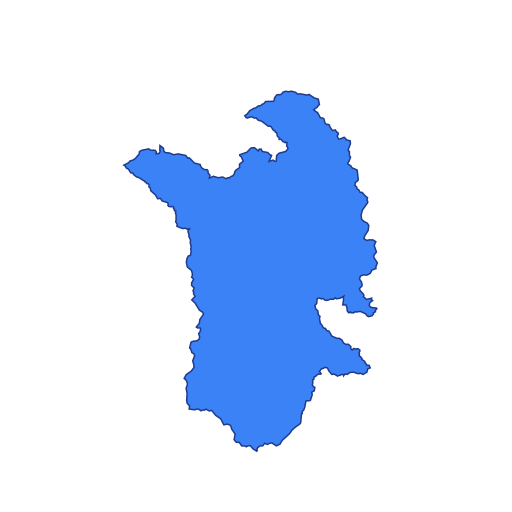 Chumbivilcas, Cusco, Peru, rotated 310°
{"feature_id": "86281439B72283889769086", "entity_name": "Chumbivilcas", "entity_type": "district", "adm_level": 2, "iso_a3": "PER", "parent_name": "Peru", "parent_adm1": "Cusco", "projection": "albers", "projection_center": [-71.945, -14.411], "detail": "fine", "context": "isolated", "style": "filled", "palette": "blue", "viewbox_px": 512, "rotation_deg": 310, "n_neighbors": 0, "source": "geoboundaries", "source_scale": "gbopen_adm2", "svg_char_len": 6162}
<svg xmlns="http://www.w3.org/2000/svg" viewBox="0 0 512 512"><g transform="rotate(310 256 256)"><path d="M356.3,157.2L355.7,159.4L356.0,160.6L359.6,162.8L360.7,166.3L361.9,167.2L361.4,170.3L362.9,173.6L363.3,181.9L364.8,184.0L363.5,188.6L364.0,189.8L363.3,191.3L363.7,192.8L361.6,195.1L361.3,197.7L360.2,198.9L361.5,200.2L360.9,203.2L361.7,204.7L361.5,205.5L362.3,205.6L362.8,207.0L360.0,208.7L359.4,210.8L358.5,211.6L355.1,211.5L349.6,207.6L346.3,207.2L341.6,210.5L340.7,209.9L340.4,207.4L336.8,205.2L343.1,203.3L342.5,201.2L342.9,198.6L340.1,193.6L341.2,191.3L340.0,189.8L338.0,190.2L338.0,185.1L335.5,182.7L329.6,182.3L323.1,178.4L322.5,179.0L322.5,181.1L320.4,185.3L315.7,184.3L313.3,186.6L308.7,185.4L306.8,185.6L305.2,186.5L302.3,186.7L300.9,185.7L298.7,185.3L298.1,184.3L295.8,183.1L295.1,179.7L291.6,176.7L289.7,172.1L285.7,170.2L288.3,168.8L288.7,166.3L290.6,164.1L290.7,163.0L289.1,161.0L288.6,158.2L289.3,155.6L290.2,154.5L287.6,149.0L288.3,142.5L288.2,141.5L287.0,140.9L287.9,137.6L284.3,130.9L280.6,127.8L279.3,123.5L277.1,120.4L276.9,118.3L279.1,115.7L278.9,111.4L275.1,114.4L274.8,115.2L272.5,115.9L270.1,113.8L271.7,112.7L272.1,110.7L269.2,107.1L269.2,105.0L263.5,100.5L261.0,99.6L259.1,100.9L253.4,100.9L250.4,100.1L247.8,98.4L245.7,98.5L240.7,96.4L240.9,97.5L240.0,100.5L240.6,102.3L239.2,106.6L240.4,108.4L239.7,109.9L239.8,113.7L240.8,116.0L241.5,121.7L242.0,122.4L241.4,123.3L241.8,124.4L241.3,125.8L242.1,127.2L241.5,128.8L240.1,129.5L240.1,131.2L238.3,133.6L238.2,139.5L236.7,143.9L238.7,145.8L237.8,148.6L240.1,154.0L239.3,155.4L238.2,155.9L237.9,157.2L239.1,159.4L240.2,160.0L240.4,161.6L239.3,162.3L239.5,163.5L238.3,164.3L238.8,165.8L237.1,166.7L236.2,168.3L232.1,171.7L230.6,172.4L229.8,175.1L227.9,176.3L229.8,182.1L231.9,184.1L232.3,186.0L233.6,186.8L234.0,187.7L232.1,187.5L231.1,188.1L229.0,191.2L227.8,192.0L226.2,195.5L223.8,197.2L221.3,200.5L219.3,201.6L217.9,203.3L214.6,205.3L212.3,204.1L209.6,204.8L206.5,206.6L203.4,210.5L203.5,215.8L201.6,218.6L199.7,220.0L198.4,220.2L198.1,223.2L194.2,223.9L192.1,225.5L191.7,229.2L188.7,230.2L188.6,231.3L186.9,232.4L185.9,235.3L181.1,235.0L180.8,239.4L178.1,247.6L178.6,250.7L177.9,253.2L171.3,253.8L167.9,255.9L163.2,255.9L163.4,257.7L165.0,259.4L164.8,260.3L162.1,261.8L159.7,261.9L157.9,264.7L156.0,265.9L153.1,265.3L150.5,262.8L148.3,261.6L142.8,264.3L142.9,265.7L140.8,268.9L141.1,271.3L140.3,273.0L135.0,274.9L132.7,278.3L130.8,280.1L126.4,280.4L120.2,278.8L116.0,279.7L116.0,282.1L114.7,284.9L113.0,286.3L109.8,287.4L106.4,291.6L100.8,295.7L98.9,298.0L98.5,301.4L95.8,303.2L98.8,308.0L100.7,309.0L101.8,310.5L102.0,313.3L104.0,314.4L104.9,315.7L106.5,316.0L107.2,319.7L109.2,321.3L108.0,327.7L108.6,333.6L106.0,339.9L108.8,342.1L109.8,344.7L109.4,346.3L107.8,348.6L106.1,354.6L101.2,357.3L100.6,360.7L102.5,363.0L101.3,367.1L103.1,369.2L103.6,371.2L105.7,372.0L107.1,373.8L106.3,377.5L106.9,382.0L107.9,382.0L108.4,380.9L110.0,380.5L112.9,381.0L114.9,383.2L118.1,383.0L118.9,385.8L121.9,387.2L123.0,388.4L123.6,393.6L127.3,395.3L131.6,394.6L141.5,395.9L145.5,395.5L150.0,396.1L155.8,397.6L157.0,397.4L164.2,392.4L165.0,392.8L166.6,391.4L168.4,391.6L171.2,390.7L177.1,387.4L179.6,390.1L180.6,390.4L186.0,388.2L187.4,386.2L190.1,387.3L193.2,385.5L192.8,384.0L193.4,382.1L195.7,380.8L197.5,378.9L198.6,379.6L200.6,378.3L202.1,379.1L203.6,379.0L205.8,379.9L207.1,381.6L207.8,381.4L208.3,378.8L211.7,378.6L213.1,379.8L214.8,380.2L216.2,382.6L214.8,385.7L214.0,390.2L215.8,391.8L216.4,395.6L220.7,398.1L221.3,399.3L220.6,400.1L222.7,400.0L224.1,402.1L227.1,402.8L229.6,405.2L231.2,409.3L232.1,410.6L233.2,411.1L234.1,414.2L238.4,415.6L241.3,414.1L243.7,415.4L245.0,412.9L243.6,411.3L244.4,409.2L244.3,407.9L245.2,407.1L244.8,403.6L245.7,402.9L245.5,401.9L246.1,401.2L245.8,399.3L247.5,398.2L248.0,397.1L250.0,396.7L250.7,395.9L250.5,393.6L248.6,391.9L248.2,390.5L247.6,390.1L246.3,390.4L245.7,389.6L246.2,387.7L247.6,386.9L247.7,383.8L247.4,382.8L246.2,382.2L245.6,379.0L246.9,375.8L246.5,372.7L244.9,370.8L243.4,365.6L245.4,360.2L244.3,358.2L245.2,355.7L244.5,354.7L244.4,353.6L245.7,350.0L245.7,348.7L248.9,344.8L250.9,343.8L251.0,341.5L253.7,338.7L254.0,335.5L256.1,332.8L258.5,333.1L262.7,330.2L264.7,331.8L265.1,333.7L266.6,334.7L266.5,337.3L267.4,338.6L268.8,339.8L270.6,340.5L272.5,343.1L274.9,343.5L274.8,345.0L277.9,347.7L281.7,349.1L280.1,349.6L279.2,350.9L274.3,353.9L276.3,356.3L275.2,358.5L272.5,361.3L272.1,363.6L273.9,364.3L273.6,365.3L275.2,367.3L277.2,367.8L277.5,368.8L280.6,371.5L282.2,377.1L281.6,379.4L281.8,381.1L284.7,383.3L287.2,383.3L287.9,382.4L290.1,383.4L291.1,382.2L293.2,382.6L293.5,381.6L290.8,377.7L290.5,375.0L292.4,373.6L293.8,373.2L296.8,374.0L297.0,372.2L298.0,371.7L293.7,368.5L294.0,364.4L295.1,364.0L295.8,363.0L296.4,358.1L297.5,356.1L301.0,356.5L302.4,355.6L303.8,353.6L304.9,350.0L307.4,349.0L308.6,349.3L310.4,350.2L312.4,353.0L314.9,354.3L316.4,354.6L319.8,353.9L323.5,356.0L324.6,354.9L328.8,353.3L330.8,346.8L332.8,345.8L336.5,345.7L340.0,339.8L344.0,338.6L343.6,335.4L341.2,332.4L339.2,330.9L338.6,327.5L341.6,326.3L347.7,325.5L351.9,322.7L352.7,320.2L351.9,316.3L352.0,313.3L354.9,310.2L359.7,308.0L368.4,307.3L369.4,306.8L370.4,304.9L372.3,304.0L372.3,300.3L373.0,296.5L371.7,294.9L372.7,292.2L372.3,290.4L373.6,288.7L373.5,286.5L376.2,284.9L379.4,285.6L380.3,285.2L386.9,278.2L385.3,272.9L386.0,270.5L385.5,267.4L386.6,266.4L388.3,266.4L392.5,264.9L393.1,262.8L396.0,260.6L396.3,258.4L402.7,256.2L404.8,254.1L402.9,250.2L403.6,249.3L403.6,247.2L399.5,245.1L398.7,243.9L400.1,241.0L402.1,240.8L403.2,239.5L402.8,238.0L403.6,235.8L401.5,234.1L401.5,232.7L402.6,229.1L403.5,228.2L403.2,226.6L402.1,225.4L402.2,223.4L404.7,219.9L404.6,218.5L403.3,216.4L405.5,210.8L405.1,209.6L405.1,206.2L409.6,207.3L411.3,206.9L412.7,207.3L416.2,202.9L414.5,198.9L413.9,192.8L412.1,191.7L408.5,185.4L406.8,184.0L406.8,181.0L404.9,177.0L402.5,175.2L401.7,173.4L400.5,172.3L398.7,171.3L396.8,171.6L394.8,170.6L394.2,169.5L392.6,168.3L388.9,168.6L386.8,169.9L385.7,169.9L380.6,164.1L377.4,164.0L376.1,163.1L374.3,163.0L372.4,161.3L369.0,160.5L367.9,159.5L363.3,157.8L359.0,158.0L356.3,157.2Z" fill="#3b82f6" stroke="#1e3a8a" stroke-width="1.5"/></g></svg>